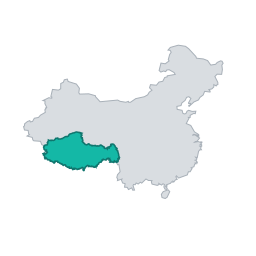 Xizang on a map of China (Robinson projection), rotated 352°
{"feature_id": "CHN-1662", "entity_name": "Xizang", "entity_type": "Autonomous Region", "adm_level": 1, "iso_a3": "CHN", "parent_name": "China", "parent_adm1": "", "projection": "robinson", "projection_center": [89.0, 31.884], "detail": "fine", "context": "in_parent", "style": "filled", "palette": "teal", "viewbox_px": 256, "rotation_deg": 352, "n_neighbors": 0, "source": "natural_earth", "source_scale": "10m", "svg_char_len": 9181}
<svg xmlns="http://www.w3.org/2000/svg" viewBox="0 0 256 256"><g transform="rotate(352 128 128)"><path d="M149.0,188.9L144.0,186.9L143.6,184.6L144.4,183.4L140.9,182.8L138.7,181.0L133.9,184.5L132.7,183.4L130.3,184.9L128.4,183.6L127.2,185.2L125.6,184.7L125.0,185.7L125.8,190.4L124.0,190.2L123.4,187.8L119.9,189.0L119.0,186.7L116.3,186.1L117.4,182.7L115.0,181.7L114.3,178.6L114.9,177.7L110.2,178.6L110.7,177.2L110.0,175.5L111.1,172.8L114.1,170.2L113.9,162.9L112.6,163.0L111.8,160.4L110.2,158.9L109.0,160.1L105.2,159.3L106.2,157.8L105.7,156.5L104.6,157.1L105.4,155.7L104.2,154.8L101.9,156.6L99.1,155.4L94.1,158.4L92.0,161.3L89.5,162.2L86.9,160.7L81.9,159.8L78.2,164.0L77.2,160.7L73.5,161.8L69.9,160.6L69.1,161.4L68.1,160.6L67.6,161.4L66.4,159.9L64.4,159.7L64.6,158.5L61.2,157.1L60.7,155.8L58.8,156.0L53.3,151.1L51.0,151.0L49.9,152.3L42.8,146.5L41.5,146.9L41.5,144.1L40.3,141.7L43.3,141.8L41.8,135.3L42.7,134.0L40.3,132.5L39.5,129.0L33.0,127.6L32.1,126.6L31.9,124.0L26.9,121.9L29.5,120.8L28.8,119.9L28.8,116.5L25.2,115.6L24.8,112.0L25.8,111.5L26.2,109.5L29.3,107.6L31.8,107.0L32.1,108.4L34.4,108.2L36.6,105.3L40.8,105.1L43.1,103.1L48.3,101.0L48.2,98.4L49.5,97.5L49.0,96.8L50.4,96.3L49.1,92.3L49.6,89.7L47.6,89.0L53.8,87.0L56.6,87.9L56.9,86.7L56.0,86.0L58.6,79.3L64.4,80.8L66.8,79.8L67.6,74.6L70.4,73.7L71.6,71.4L74.7,71.1L75.2,73.6L83.0,77.3L85.4,81.9L84.2,86.3L84.9,87.7L93.9,88.7L100.2,91.5L100.2,92.5L104.0,98.1L121.6,98.9L123.9,100.5L129.4,102.2L132.1,101.7L132.2,102.6L133.9,102.9L139.8,100.0L148.6,99.3L152.1,97.9L154.0,95.5L157.0,93.9L154.9,91.2L156.3,88.2L162.1,89.6L165.1,86.8L168.9,86.6L171.4,83.1L173.9,82.8L174.1,81.8L182.2,81.5L181.4,79.5L176.8,76.0L174.4,76.0L173.2,77.4L171.1,76.5L168.3,77.2L166.8,75.4L169.7,68.3L173.8,69.6L178.0,67.3L177.4,65.9L179.5,61.0L181.3,59.0L180.6,57.0L178.5,56.4L181.1,54.1L189.3,53.0L196.3,55.1L199.1,57.9L205.2,66.7L205.5,68.4L212.2,70.1L216.2,72.3L218.7,77.2L223.6,77.1L225.5,75.5L229.0,74.4L230.4,74.9L231.2,77.1L229.7,78.8L229.6,83.3L228.2,87.9L223.7,87.1L221.2,89.1L223.3,95.3L223.1,97.4L221.0,98.1L221.5,98.9L219.0,97.0L218.7,99.3L216.4,101.0L213.4,101.2L214.5,102.9L214.2,103.8L209.0,102.4L207.0,105.8L203.5,107.7L201.7,110.0L196.9,111.4L191.5,115.1L191.2,114.3L193.1,113.5L193.4,112.3L191.5,112.3L191.4,111.6L194.4,107.5L192.6,105.5L190.3,105.8L188.3,108.7L184.8,110.7L183.6,113.2L179.4,113.4L179.3,116.4L184.0,118.0L184.4,121.1L185.7,121.9L187.3,121.8L188.8,119.6L190.5,118.9L193.8,120.5L197.5,120.8L196.6,123.2L195.1,122.7L191.3,124.1L191.0,126.2L189.3,125.9L189.8,126.8L186.3,131.7L190.5,134.2L193.3,141.1L197.1,144.3L197.0,145.2L192.3,143.4L190.6,144.2L193.1,144.0L197.5,147.9L194.4,150.8L192.8,150.8L191.9,151.4L195.7,151.2L198.9,153.0L196.9,154.7L198.6,154.7L198.5,156.2L196.8,156.2L197.7,157.0L197.1,158.3L197.7,159.8L196.0,159.6L194.6,161.0L192.5,166.9L190.8,166.3L192.0,168.2L190.5,169.4L189.3,169.1L191.1,169.6L191.3,172.2L189.7,172.0L190.1,172.9L189.0,173.0L187.9,175.5L185.0,176.2L185.8,177.1L183.4,180.0L181.7,179.7L180.2,182.7L171.2,184.6L169.3,182.1L168.6,182.9L169.5,185.8L167.8,185.9L166.0,187.7L165.1,186.9L165.0,187.9L163.6,187.4L162.4,188.7L158.0,189.6L157.1,191.3L158.5,193.1L157.9,194.1L156.2,193.8L155.3,191.4L156.2,189.0L154.8,188.1L153.3,189.2L150.8,187.2L150.9,188.3L149.0,188.9ZM159.1,194.8L160.5,196.8L157.1,202.0L155.1,203.0L152.0,201.6L151.8,198.3L154.0,195.9L159.1,194.8ZM197.4,146.1L196.2,145.8L194.9,144.7L195.9,144.9L197.4,146.1ZM199.6,152.2L198.6,152.4L198.4,151.9L199.6,152.2ZM192.0,171.4L191.6,172.1L191.6,171.2L192.0,171.4ZM157.6,191.1L158.5,190.7L158.4,191.2L157.6,191.1Z" fill="#d9dde1" stroke="#a8b0b8" stroke-width="1"/><path d="M43.0,138.4L42.0,137.6L41.9,137.2L42.0,136.4L41.7,135.3L41.8,135.0L42.7,134.4L42.7,134.1L42.6,133.9L42.9,133.7L43.5,133.4L44.0,133.5L44.5,133.3L45.4,133.6L45.6,133.5L46.3,132.3L46.0,131.4L46.6,131.1L46.5,130.7L47.1,130.0L47.4,129.3L47.5,128.8L48.2,129.3L49.6,129.6L50.0,129.8L50.2,129.7L50.3,129.4L50.8,129.7L51.5,129.6L52.2,130.0L53.6,129.7L53.9,129.2L54.7,128.7L54.8,128.3L55.1,128.1L56.2,128.3L56.6,128.1L57.1,128.2L57.1,128.9L57.6,129.3L58.0,129.2L59.4,129.5L60.3,129.4L60.8,129.2L61.4,129.4L62.8,128.6L63.5,128.5L64.1,128.1L64.9,127.8L65.3,127.9L65.9,127.8L66.2,128.0L66.4,128.2L66.9,127.8L67.7,127.8L68.2,127.3L68.7,126.3L69.4,126.0L69.6,125.8L70.3,125.8L70.7,125.7L72.1,125.5L72.7,125.2L73.5,125.3L74.6,125.2L75.0,124.9L76.0,124.8L76.7,124.8L77.5,125.2L78.0,125.2L78.5,125.6L79.4,125.6L81.0,126.4L80.4,126.5L80.1,126.8L80.4,127.3L81.4,127.5L81.0,128.8L81.2,129.1L80.3,129.5L80.2,130.1L80.6,130.7L80.6,131.3L81.4,131.3L81.5,131.7L81.1,132.2L81.4,132.9L81.4,133.6L81.6,133.8L81.4,134.5L80.9,134.8L80.8,135.0L81.2,135.7L81.8,136.1L81.8,136.4L82.0,136.5L82.1,136.9L82.7,137.2L82.9,137.5L82.9,137.9L83.3,138.3L83.7,138.4L84.3,138.8L84.9,139.0L85.2,138.9L85.5,138.6L86.2,138.5L86.4,138.2L87.1,138.2L87.2,138.3L87.7,139.3L88.4,139.7L88.7,139.7L89.3,140.3L89.7,140.1L90.1,140.2L90.2,140.7L90.7,140.6L91.7,140.7L92.0,140.6L92.4,140.8L93.0,140.7L93.1,141.1L93.7,141.0L94.3,141.5L94.6,141.5L94.8,141.7L95.1,141.5L95.6,141.4L95.9,141.5L96.1,141.8L97.0,141.8L97.2,141.7L97.8,141.5L97.9,141.3L98.1,141.4L98.8,141.0L99.3,141.6L99.9,141.9L100.1,142.5L100.5,142.8L101.2,142.9L101.4,143.1L101.6,143.2L101.8,143.8L101.6,143.9L101.5,144.1L101.7,144.7L102.0,145.0L102.6,144.9L102.9,145.0L103.1,145.2L104.1,145.1L104.3,145.2L104.6,145.9L104.7,145.7L104.7,145.1L104.4,144.8L104.5,144.5L105.0,144.3L105.5,144.9L106.6,145.3L106.7,145.0L106.6,144.7L106.7,144.3L106.5,144.0L107.4,143.8L108.0,143.8L108.1,143.6L108.4,143.6L108.4,143.4L108.3,143.2L108.4,142.8L108.8,142.7L108.8,142.2L108.6,142.1L108.7,141.8L109.5,141.8L109.7,142.0L110.0,141.6L111.1,141.9L111.8,142.4L111.8,142.8L112.7,144.0L112.6,144.7L113.1,145.3L113.2,145.6L114.3,146.7L113.9,147.2L113.5,146.8L113.3,147.5L113.7,147.7L114.1,148.2L114.0,148.7L114.7,149.4L114.5,149.6L114.7,150.5L114.9,151.9L115.0,152.2L115.1,152.8L115.0,153.2L114.9,154.0L115.1,154.4L115.2,155.4L115.4,155.8L114.9,155.9L115.1,156.6L114.7,156.9L114.7,157.1L114.9,157.4L114.7,157.5L114.2,156.8L113.7,156.9L113.7,157.3L113.9,157.8L113.6,158.2L113.8,159.1L113.5,159.7L113.1,160.1L112.5,159.5L112.4,160.1L111.9,160.4L111.4,160.1L111.4,159.9L111.1,159.5L110.6,159.5L110.3,159.0L110.2,158.9L110.0,159.0L109.8,158.7L109.4,159.4L109.4,159.8L109.2,159.8L109.0,160.1L108.2,159.5L107.7,159.6L106.7,159.2L106.2,159.1L105.5,159.4L105.2,159.2L105.4,159.0L106.0,158.3L105.9,158.1L106.3,158.0L106.3,157.8L105.8,156.8L105.4,156.6L105.0,157.0L104.8,157.0L104.7,156.3L104.8,156.1L105.2,156.0L105.4,155.7L104.9,155.7L104.7,155.5L104.6,155.2L104.3,155.2L103.6,155.4L103.3,155.2L103.1,155.3L103.0,155.8L102.5,155.7L102.3,155.9L102.3,156.2L102.2,156.5L101.8,156.6L101.3,156.5L101.2,156.4L100.4,156.1L99.6,156.0L99.4,155.5L99.0,155.4L98.7,155.8L98.2,155.9L98.0,156.1L97.8,156.1L97.8,156.3L98.1,156.7L97.7,157.0L97.4,157.1L96.8,157.4L96.6,158.1L96.3,158.0L94.8,158.2L94.3,158.5L94.2,158.8L93.9,159.2L94.0,159.4L93.9,159.6L93.1,159.8L92.6,160.3L92.4,160.2L92.0,160.5L91.9,160.8L92.1,160.8L92.2,161.1L92.0,161.4L91.6,161.7L91.1,161.8L91.0,161.7L90.9,161.9L90.7,161.8L90.7,162.0L90.4,161.6L89.8,162.1L89.5,162.0L89.4,162.2L89.1,162.2L88.9,161.9L88.6,161.9L88.4,161.7L88.2,161.7L88.2,161.3L87.4,161.1L86.9,160.7L86.6,160.7L86.1,161.2L85.6,160.9L84.7,160.7L84.0,160.7L84.4,160.2L83.6,159.8L83.3,159.9L83.0,159.5L82.8,159.7L82.5,159.6L81.9,159.7L81.3,160.3L80.6,160.5L80.2,160.9L79.8,161.6L79.4,161.9L79.0,162.7L78.8,162.7L78.5,163.1L78.4,163.5L78.6,163.9L78.5,164.0L78.2,164.0L77.7,163.5L77.6,163.0L77.9,162.5L78.0,161.7L77.9,161.4L77.9,161.1L77.1,160.6L76.3,161.1L75.3,161.3L75.3,161.5L74.3,161.4L73.9,161.9L73.4,161.9L73.2,161.8L72.6,161.9L72.7,161.7L72.3,161.8L71.8,161.8L71.3,161.3L70.9,161.3L70.7,161.0L70.3,161.0L70.3,160.7L70.1,160.6L69.8,160.7L69.6,160.6L69.5,161.3L69.2,161.4L68.3,161.0L68.2,160.7L68.3,160.5L68.2,160.4L67.9,160.7L68.0,161.4L67.8,161.5L67.5,161.5L67.1,160.4L66.6,160.1L66.5,159.6L66.2,160.0L65.5,159.8L65.3,159.9L64.3,159.7L64.2,159.2L64.5,158.8L64.6,158.5L64.2,158.3L63.7,158.7L63.3,158.7L62.8,158.5L62.8,158.3L62.6,158.1L62.0,157.9L61.7,157.4L61.2,157.2L61.2,156.7L60.8,156.1L60.9,155.9L60.7,155.7L60.0,155.5L59.2,155.8L59.0,156.1L58.6,156.0L58.5,155.6L58.1,155.2L58.0,154.8L57.9,154.7L57.7,154.7L57.7,154.4L57.4,154.1L57.1,154.1L57.0,154.3L56.6,153.9L56.4,153.8L56.1,153.9L55.6,153.4L55.6,153.2L55.4,153.2L55.1,152.8L54.3,152.3L53.7,152.2L53.6,151.9L53.7,151.7L53.4,151.5L53.5,151.1L52.4,150.9L51.8,150.7L51.5,150.9L51.4,151.1L50.9,150.9L50.8,151.8L50.5,151.9L50.5,152.1L50.3,152.4L49.8,152.4L49.4,151.4L48.7,151.1L48.5,150.8L48.1,150.5L47.7,150.5L46.8,150.1L46.6,150.1L46.7,149.9L46.5,149.6L46.8,149.4L46.5,149.1L46.2,149.1L45.4,148.4L45.0,148.3L44.4,148.5L44.1,148.1L43.8,148.1L43.7,147.7L43.3,147.1L43.2,146.8L42.9,146.3L42.7,146.2L42.1,147.0L41.5,146.9L41.5,146.3L41.3,146.0L41.8,145.6L41.4,145.3L41.3,144.9L41.5,144.1L41.2,143.7L40.7,143.0L40.5,142.9L40.6,142.1L40.3,141.6L41.2,141.4L41.6,141.2L41.7,141.9L42.3,142.4L42.8,142.3L42.9,141.9L43.6,141.6L43.7,141.4L43.9,141.4L44.0,141.6L44.8,140.8L44.1,139.7L43.8,139.6L44.0,139.5L44.0,139.1L44.1,138.9L44.3,138.5L44.2,138.4L43.0,138.4Z" fill="#14b8a6" stroke="#0f766e" stroke-width="1.5"/></g></svg>